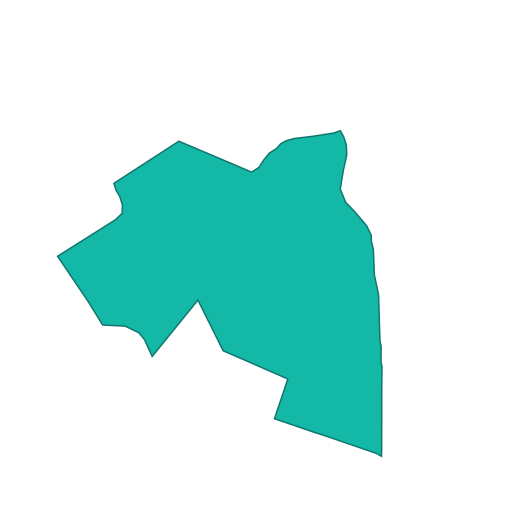 the district of Porto Rico, Paraná, Brazil, rotated 110°
{"feature_id": "56859067B33862297180753", "entity_name": "Porto Rico", "entity_type": "district", "adm_level": 2, "iso_a3": "BRA", "parent_name": "Brazil", "parent_adm1": "Paraná", "projection": "mercator", "projection_center": [-53.319, -22.834], "detail": "fine", "context": "isolated", "style": "filled", "palette": "teal", "viewbox_px": 512, "rotation_deg": 110, "n_neighbors": 0, "source": "geoboundaries", "source_scale": "gbopen_adm2", "svg_char_len": 861}
<svg xmlns="http://www.w3.org/2000/svg" viewBox="0 0 512 512"><g transform="rotate(110 256 256)"><path d="M373.3,376.5L366.7,355.1L368.2,339.7L372.8,332.1L380.3,324.7L385.9,319.2L317.3,295.5L356.3,254.4L357.5,234.2L358.5,218.7L360.7,184.0L402.6,183.0L401.8,142.3L401.3,127.7L401.0,111.3L400.7,95.4L400.3,75.4L401.3,69.6L393.2,72.3L338.7,92.1L317.0,99.7L312.8,102.3L297.9,107.6L293.6,110.4L250.2,127.7L233.7,138.1L209.6,148.0L203.3,152.3L196.9,155.0L189.7,162.4L180.5,178.6L174.9,190.1L164.3,199.7L145.7,203.2L130.2,205.2L120.8,209.1L114.5,213.9L109.4,219.6L114.0,225.2L124.1,243.6L132.6,260.4L137.4,267.1L142.0,271.1L148.4,273.7L154.7,278.7L163.3,281.6L171.6,283.5L178.7,288.8L174.5,367.7L236.3,414.4L242.1,410.0L246.7,404.3L253.7,399.0L261.7,396.4L270.0,400.5L324.1,442.4L356.6,397.6L373.3,376.5Z" fill="#14b8a6" stroke="#0f766e" stroke-width="1.5"/></g></svg>